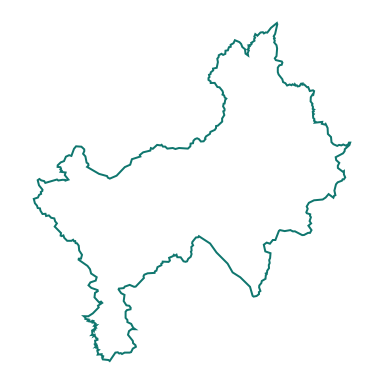 outline of Mueang Tak, Tak, Thailand
{"feature_id": "78962969B62571443706919", "entity_name": "Mueang Tak", "entity_type": "district", "adm_level": 2, "iso_a3": "THA", "parent_name": "Thailand", "parent_adm1": "Tak", "projection": "orthographic", "projection_center": [99.229, 16.887], "detail": "fine", "context": "isolated", "style": "outline", "palette": "teal", "viewbox_px": 384, "rotation_deg": 0, "n_neighbors": 0, "source": "geoboundaries", "source_scale": "gbopen_adm2", "svg_char_len": 5879}
<svg xmlns="http://www.w3.org/2000/svg" viewBox="0 0 384 384"><path d="M276.9,23.0L270.9,27.9L267.3,32.6L265.7,32.4L263.9,33.4L262.9,32.2L260.5,32.5L257.4,35.7L255.3,34.1L254.3,36.7L255.1,37.7L254.1,39.1L254.5,40.7L251.2,42.9L251.7,43.8L251.0,44.7L248.6,45.3L249.6,46.4L248.5,47.0L248.8,48.4L247.5,49.5L248.8,50.4L247.7,53.1L248.1,55.5L245.5,53.6L245.0,49.2L242.3,47.0L241.1,43.9L239.4,42.1L234.9,40.2L233.5,43.2L230.6,44.8L230.7,46.8L228.9,47.2L227.9,50.3L225.5,50.7L225.3,53.9L223.1,54.9L221.5,53.8L218.8,55.2L218.6,57.1L217.3,58.7L217.9,62.1L216.7,67.8L213.0,68.6L213.2,70.4L210.8,72.3L210.5,74.1L209.0,74.8L209.5,77.0L208.5,78.0L208.5,79.9L210.6,81.4L210.7,83.0L214.7,82.9L217.4,87.0L219.5,87.3L222.5,91.0L223.1,93.0L222.5,94.6L224.1,95.4L224.8,97.6L226.3,98.6L225.2,100.0L224.6,103.5L223.6,103.7L223.1,106.4L224.6,109.0L224.5,110.6L223.3,111.3L224.3,115.1L222.1,118.5L222.2,121.6L217.8,125.7L216.1,126.0L216.0,128.1L214.8,129.9L210.4,131.9L209.9,133.9L206.0,136.4L205.0,138.2L205.5,139.0L203.6,141.3L200.9,141.5L198.9,139.1L197.1,138.3L195.2,139.0L193.5,140.6L193.0,143.2L190.6,143.6L190.3,146.4L187.9,148.6L179.0,148.0L175.4,149.0L172.8,148.0L167.3,148.6L165.2,146.6L162.9,146.6L161.6,144.8L160.5,145.4L157.1,144.9L152.8,148.8L150.9,148.1L150.3,150.6L143.2,152.3L139.8,155.0L140.4,156.5L131.9,159.2L130.2,164.7L124.8,167.1L116.6,175.7L109.8,178.6L107.8,177.6L107.1,176.1L99.1,173.9L87.1,166.9L88.5,165.4L88.2,163.7L86.6,162.6L85.4,156.4L83.1,153.8L84.3,151.1L84.2,149.3L81.4,146.7L76.1,146.3L74.0,148.8L71.4,155.9L69.1,155.2L65.9,156.7L64.0,161.1L60.7,162.4L57.7,165.3L57.6,166.9L60.4,167.2L61.0,168.6L60.4,169.5L61.7,170.5L60.7,171.8L65.6,172.5L64.8,175.1L68.4,179.6L65.4,180.6L65.1,179.9L62.5,179.8L58.3,180.5L57.0,179.5L45.3,182.9L44.2,181.1L41.3,180.4L39.4,179.0L37.7,180.2L39.0,185.3L42.5,189.7L42.3,191.0L40.8,192.0L41.1,193.9L39.1,194.9L38.0,197.5L33.8,198.9L34.9,203.2L37.0,205.7L37.7,208.0L40.0,208.4L40.4,210.6L42.5,214.0L45.5,213.8L46.1,216.0L48.9,215.4L51.2,217.8L54.3,218.4L55.2,221.4L56.9,223.4L54.7,226.6L61.0,233.0L60.6,235.6L61.7,236.1L63.4,235.4L64.3,237.9L67.2,240.8L71.5,240.8L73.1,239.8L74.0,241.2L75.2,241.1L75.6,243.1L77.0,243.3L78.7,245.6L79.2,250.5L82.0,254.8L81.0,258.6L78.8,258.7L78.6,259.7L87.5,265.9L90.0,269.2L91.1,273.5L96.7,277.2L95.7,280.6L90.4,282.4L88.5,285.3L91.3,287.9L97.6,290.1L97.8,291.1L95.0,292.9L94.5,297.4L99.2,302.5L101.0,301.6L102.2,302.9L98.0,305.7L98.7,307.4L92.8,313.4L88.3,316.3L83.8,316.2L85.4,317.6L85.3,318.9L88.4,319.5L87.8,320.6L89.1,320.5L88.8,321.3L91.4,321.8L92.3,320.7L93.5,321.0L92.9,322.6L94.1,322.5L95.6,323.7L94.3,325.6L96.5,325.3L95.0,326.8L96.0,327.9L95.0,328.3L95.2,329.5L94.1,329.4L93.9,330.8L93.2,329.8L92.1,330.5L92.4,334.3L91.7,335.0L94.4,334.8L93.8,336.0L94.7,335.5L96.1,338.1L97.4,338.6L97.5,339.8L95.1,340.6L95.4,343.7L94.7,344.2L95.2,345.1L96.4,344.5L96.7,345.6L95.8,346.6L96.7,346.3L96.4,347.6L97.4,347.5L97.6,349.5L98.7,349.9L97.3,350.9L98.1,353.4L97.7,354.6L101.6,354.2L101.5,355.2L103.0,356.1L102.3,356.9L102.9,357.2L102.3,358.2L102.8,359.4L108.4,360.0L109.7,361.0L115.4,352.6L117.8,352.3L119.2,353.5L120.8,353.1L122.0,354.0L124.6,352.6L129.6,352.6L131.1,352.1L132.8,348.6L135.9,346.8L135.4,345.1L133.1,343.2L132.8,340.9L128.0,334.8L129.0,331.1L131.7,329.1L135.2,329.2L133.2,327.8L131.2,323.9L127.4,322.1L127.4,320.0L125.6,317.9L125.6,311.7L126.9,310.1L130.5,309.3L130.7,307.8L129.3,305.8L126.4,305.3L123.7,301.1L124.5,294.9L121.2,293.2L118.6,289.5L118.9,288.6L123.7,288.1L124.8,286.6L129.7,284.9L134.1,286.8L135.7,286.6L143.9,278.0L143.5,276.2L144.3,274.7L147.7,273.3L154.6,272.9L154.9,271.4L156.4,270.7L157.5,267.1L161.4,265.2L161.3,263.7L162.5,263.0L162.7,261.6L168.6,261.9L169.9,260.6L169.1,257.8L172.9,256.2L173.9,254.8L174.9,255.7L176.5,254.7L177.3,257.2L180.7,257.3L183.5,261.3L185.6,261.8L187.1,261.3L188.2,258.8L190.7,256.8L191.6,254.0L190.9,251.6L191.6,250.7L191.3,247.0L193.1,245.3L192.1,243.3L192.4,241.9L195.9,237.5L198.4,237.2L198.9,236.2L210.1,243.5L216.5,252.5L227.6,263.6L232.6,272.4L240.3,277.3L250.0,286.8L252.6,295.8L253.6,296.6L256.6,296.0L259.0,294.1L258.9,292.1L260.4,291.0L259.1,287.4L259.3,285.5L261.3,283.1L261.8,281.0L265.5,278.8L265.8,275.2L266.6,274.3L265.9,273.4L267.0,272.9L267.2,270.7L269.0,268.2L268.8,265.0L269.7,263.0L269.2,260.1L270.1,258.1L270.5,253.2L265.3,251.4L263.8,244.7L266.7,242.6L269.9,243.7L272.8,240.0L275.4,240.0L278.9,230.9L280.0,230.1L284.7,231.1L290.4,230.1L292.9,231.4L294.9,231.3L302.2,235.1L304.0,235.0L308.0,232.9L310.0,232.9L311.5,230.1L308.4,225.7L311.1,223.4L309.6,221.1L310.9,217.2L310.0,215.8L310.2,214.3L306.8,213.2L306.3,212.3L307.7,208.8L306.7,206.5L308.9,202.8L314.0,200.3L322.7,199.5L325.7,197.5L328.6,194.1L333.4,197.7L334.1,195.8L335.4,195.2L334.4,190.6L336.0,184.3L337.7,182.3L341.9,180.7L342.6,179.3L343.8,179.4L345.2,177.4L343.9,174.4L343.9,171.1L342.9,171.8L337.9,168.0L337.8,165.8L339.3,162.9L336.2,160.1L335.7,157.2L343.1,153.3L344.6,151.2L344.8,149.2L349.4,145.1L350.2,142.6L349.0,142.6L348.2,144.4L345.8,145.6L343.2,144.5L341.3,145.4L339.1,144.9L337.2,145.9L333.4,144.2L331.5,142.2L331.0,137.0L327.9,134.0L327.6,128.0L325.6,123.9L324.9,124.6L321.8,123.8L322.2,121.9L314.8,122.7L315.4,121.6L314.0,120.8L314.4,119.1L313.2,117.9L313.0,115.0L313.8,114.1L313.0,113.6L312.8,111.7L313.7,111.4L313.2,109.9L313.9,109.5L312.7,108.8L313.0,107.0L312.0,105.0L312.5,103.9L310.6,101.4L310.8,97.2L312.7,94.3L313.3,94.7L314.1,91.1L313.0,90.3L309.8,91.0L308.2,87.1L307.1,87.2L304.2,84.5L302.6,84.7L302.7,83.5L301.0,83.7L299.5,86.1L297.6,86.4L296.8,85.3L295.7,85.6L294.8,84.2L294.3,85.1L292.5,84.3L291.5,85.2L289.7,84.5L287.1,85.5L285.4,83.2L283.1,82.1L282.3,79.2L278.6,74.5L277.8,72.1L277.8,67.6L279.4,65.3L281.7,64.8L282.4,62.6L281.8,61.5L275.8,60.1L274.8,58.3L276.5,56.1L277.1,48.5L276.5,45.2L274.2,42.4L274.8,40.8L274.0,38.6L274.7,38.2L273.7,36.3L275.1,34.0L277.3,24.2L276.9,23.0Z" fill="none" stroke="#0f766e" stroke-width="2"/></svg>